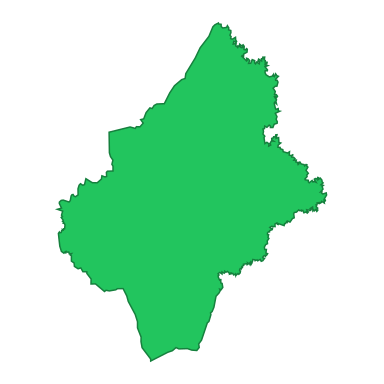 Khok Si Suphan, Sakon Nakhon, Thailand
{"feature_id": "78962969B94983517253563", "entity_name": "Khok Si Suphan", "entity_type": "district", "adm_level": 2, "iso_a3": "THA", "parent_name": "Thailand", "parent_adm1": "Sakon Nakhon", "projection": "natural_earth1", "projection_center": [104.331, 17.029], "detail": "fine", "context": "isolated", "style": "filled", "palette": "green", "viewbox_px": 384, "rotation_deg": 0, "n_neighbors": 0, "source": "geoboundaries", "source_scale": "gbopen_adm2", "svg_char_len": 5952}
<svg xmlns="http://www.w3.org/2000/svg" viewBox="0 0 384 384"><path d="M230.9,32.7L230.8,30.5L228.6,29.8L228.8,27.9L227.4,25.7L226.6,27.4L222.8,28.0L221.2,26.6L221.1,24.3L218.6,24.0L218.4,23.0L214.9,24.8L212.9,26.8L208.9,36.4L200.2,47.7L195.2,58.1L185.8,73.6L185.1,78.5L181.7,79.6L174.5,85.7L169.8,92.8L164.3,103.7L156.8,104.0L154.1,105.5L152.2,108.5L149.9,107.9L146.1,112.6L143.7,118.9L140.7,119.6L143.2,123.1L140.0,126.8L136.4,126.7L135.3,128.4L130.1,127.0L109.1,132.2L109.4,152.8L110.5,156.6L112.9,160.1L111.9,164.3L113.0,166.2L113.0,171.0L107.4,171.2L106.4,172.4L106.6,176.5L105.0,176.9L101.9,175.8L101.4,179.1L97.2,182.8L92.3,182.7L85.9,178.7L84.5,184.6L82.8,185.3L80.5,183.7L79.1,185.2L78.0,188.8L78.1,194.9L75.5,196.7L74.1,196.2L73.1,194.5L72.0,194.7L71.1,196.0L70.3,200.6L69.0,202.0L63.2,200.1L61.2,200.4L59.4,202.1L59.3,203.4L61.5,208.1L57.4,209.3L62.7,211.1L61.5,215.2L62.4,216.6L61.2,217.4L63.0,219.9L63.2,221.0L62.6,221.3L63.7,222.3L63.2,223.2L64.5,223.6L65.0,225.1L64.6,228.8L63.6,228.8L63.4,229.8L62.4,229.5L62.7,230.4L61.6,230.7L61.2,232.5L59.6,232.8L59.3,232.1L58.4,233.4L59.8,246.2L61.4,251.4L63.9,253.2L64.5,252.4L65.5,252.8L65.3,251.8L66.1,251.3L66.6,252.1L68.8,252.1L69.3,253.9L71.5,253.6L70.3,255.0L71.4,255.8L71.4,261.1L74.1,263.0L74.4,266.4L78.1,268.8L80.8,267.9L82.9,271.7L86.8,271.8L86.9,273.5L91.1,279.0L91.0,284.0L95.5,283.9L104.5,291.5L106.0,290.3L109.4,290.9L115.8,289.8L117.4,288.7L123.1,288.6L126.8,296.0L128.3,301.5L135.2,314.4L137.5,321.7L137.5,327.9L141.1,337.1L141.0,341.6L142.1,347.7L150.6,358.9L150.7,361.0L167.7,352.3L172.4,350.7L176.0,347.6L178.9,348.9L187.4,348.6L191.8,350.1L196.8,350.5L199.2,347.5L198.7,343.9L201.5,340.2L207.3,322.9L208.9,321.5L210.9,314.7L210.5,312.9L212.1,311.6L213.9,307.3L216.0,296.3L219.0,293.0L220.2,290.7L219.7,289.2L221.1,289.8L222.8,287.4L222.1,283.4L220.8,282.9L220.8,280.5L220.1,280.4L220.6,279.6L219.3,279.5L218.2,276.9L218.2,275.4L219.0,275.0L218.1,273.7L219.8,272.4L222.0,274.0L222.0,271.9L224.2,273.2L225.1,272.3L224.9,271.3L226.2,272.1L227.5,271.4L229.2,273.2L230.6,273.0L229.9,274.1L232.8,273.4L233.6,274.9L235.2,274.2L235.6,275.3L235.8,274.1L236.5,274.9L238.0,273.5L238.8,274.3L240.1,273.0L240.5,271.0L239.6,270.7L239.7,269.4L240.2,268.6L241.1,269.1L241.8,267.4L242.7,268.0L241.9,266.5L243.7,265.4L243.4,264.3L246.8,263.6L247.1,264.7L248.3,263.8L248.0,263.1L249.0,263.8L249.7,263.0L249.9,263.7L250.3,262.6L250.9,264.7L252.0,262.9L251.3,262.0L252.4,261.7L252.8,259.5L254.9,259.8L255.1,260.7L257.1,259.8L257.7,260.8L260.2,259.4L261.2,261.3L262.8,260.7L264.5,258.4L262.7,257.7L263.1,256.6L264.3,255.5L265.5,256.4L265.7,255.2L266.6,255.2L267.6,253.7L265.9,253.0L266.4,249.5L264.7,249.5L264.4,247.0L265.8,244.5L267.5,243.7L267.2,241.0L268.9,238.4L268.0,237.5L268.6,234.8L267.5,234.7L267.5,232.9L268.6,231.7L269.5,231.9L269.7,230.6L272.3,229.6L272.5,228.4L271.7,229.0L269.8,227.4L271.5,226.3L275.1,226.6L274.9,224.1L276.9,222.9L277.4,224.3L278.2,224.5L278.3,223.6L284.1,225.6L284.6,223.6L285.6,223.5L286.6,221.8L287.2,222.3L287.4,221.1L290.0,222.1L292.5,218.5L294.2,217.8L293.7,213.8L294.3,212.5L296.5,212.1L298.7,209.9L299.8,210.7L301.4,210.2L301.5,211.0L302.8,210.4L303.9,212.8L306.2,211.9L307.2,213.1L308.4,211.9L307.3,211.5L306.7,209.7L310.2,210.4L310.3,209.4L310.9,210.0L311.4,209.0L310.4,208.4L312.6,207.0L312.9,210.8L313.6,210.0L314.2,210.9L315.6,209.5L316.8,211.4L317.8,210.1L316.5,209.4L317.7,208.1L316.1,206.8L316.7,205.6L316.0,204.9L317.6,203.8L317.2,202.9L319.2,202.6L318.8,203.3L319.4,203.6L321.3,202.5L321.7,201.4L324.3,203.0L324.1,201.9L325.4,200.7L325.2,200.0L324.1,200.5L324.0,199.5L326.6,195.0L326.2,192.9L322.8,194.0L321.7,193.2L321.9,191.7L320.6,191.9L323.0,189.1L322.1,186.4L323.3,185.4L320.9,184.8L323.1,182.9L322.1,181.8L321.9,180.1L320.3,178.1L318.2,179.6L318.6,177.8L317.8,177.4L317.0,179.0L315.3,178.5L314.3,179.2L316.1,182.3L314.0,181.4L313.0,182.0L312.1,180.5L309.2,182.8L308.3,181.8L308.3,180.3L305.2,179.8L305.0,178.9L307.1,176.6L306.8,175.0L308.3,173.3L306.0,170.4L307.9,167.1L306.8,166.1L306.9,164.7L306.0,164.5L304.7,165.9L304.1,164.6L301.2,164.0L299.9,162.0L298.9,162.3L298.9,163.8L298.1,164.5L297.5,162.4L295.8,161.9L296.3,160.1L293.9,160.2L295.0,158.6L293.5,157.2L291.8,157.2L291.7,156.1L293.3,154.5L291.1,155.6L289.2,155.1L289.5,151.8L287.6,153.0L283.2,151.7L282.8,149.6L280.4,148.8L280.1,147.4L277.9,147.2L278.2,145.0L280.7,143.0L278.9,142.5L278.6,137.6L276.1,138.3L277.0,134.7L275.8,134.8L275.3,136.9L273.6,136.8L273.4,137.8L271.7,138.4L271.8,139.9L273.7,141.2L271.4,141.0L270.1,143.2L270.7,145.1L268.7,146.1L268.9,143.8L266.9,142.3L264.9,143.6L264.0,137.5L264.8,136.2L263.0,134.1L263.5,131.5L263.0,129.0L264.5,128.6L264.7,126.1L266.9,127.3L269.2,125.1L270.3,126.0L270.4,127.5L272.9,127.5L274.2,124.2L277.1,123.3L277.3,121.8L276.1,119.2L277.0,116.7L275.3,113.3L279.8,111.2L278.3,110.9L278.2,108.6L276.0,109.4L275.3,108.1L274.2,103.1L274.8,102.2L276.5,103.8L275.9,101.4L276.5,99.8L274.3,96.6L274.9,96.1L276.5,97.7L277.5,96.3L276.3,94.6L274.5,94.3L275.3,91.5L273.1,88.2L275.3,86.2L276.9,86.2L278.0,82.1L277.1,80.3L275.7,80.3L275.5,79.3L278.4,76.3L276.9,75.7L275.6,73.8L274.4,76.7L273.5,76.2L273.4,74.5L272.2,76.2L269.3,76.9L266.0,74.7L265.0,72.5L265.2,70.7L267.3,70.8L267.5,69.9L265.0,66.7L267.8,65.6L265.0,64.8L265.2,63.7L266.8,63.6L267.1,62.3L265.1,62.0L265.3,60.6L264.3,59.8L264.7,57.1L262.8,57.2L262.9,58.6L261.5,58.7L261.6,60.9L258.6,59.1L258.0,61.1L259.6,61.7L259.2,63.8L256.7,62.0L255.5,63.9L254.6,63.0L254.7,60.6L252.2,59.6L250.7,63.3L248.6,63.4L249.7,60.6L248.1,58.8L246.7,58.3L247.1,60.5L246.6,61.0L241.7,56.2L242.3,55.5L243.5,56.7L243.8,53.9L247.0,52.2L247.3,49.3L246.6,48.6L245.4,49.9L244.0,49.5L244.2,46.3L243.1,44.8L242.1,45.6L243.0,47.5L241.3,47.7L240.5,47.2L241.2,45.5L239.7,44.2L239.3,46.3L238.0,45.9L237.8,48.2L237.0,46.4L235.7,45.9L236.1,43.5L233.2,44.1L233.8,41.4L235.9,42.3L236.6,41.4L235.7,40.1L235.5,37.3L232.3,39.2L230.6,38.6L231.1,36.6L229.9,35.2L230.9,32.7Z" fill="#22c55e" stroke="#15803d" stroke-width="1.5"/></svg>